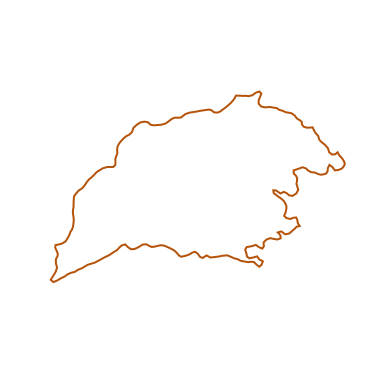 outline of Natalândia, Minas Gerais, Brazil, rotated 259°
{"feature_id": "56859067B59404569750037", "entity_name": "Natalândia", "entity_type": "district", "adm_level": 2, "iso_a3": "BRA", "parent_name": "Brazil", "parent_adm1": "Minas Gerais", "projection": "robinson", "projection_center": [-46.487, -16.539], "detail": "fine", "context": "isolated", "style": "outline", "palette": "amber", "viewbox_px": 384, "rotation_deg": 259, "n_neighbors": 0, "source": "geoboundaries", "source_scale": "gbopen_adm2", "svg_char_len": 3542}
<svg xmlns="http://www.w3.org/2000/svg" viewBox="0 0 384 384"><g transform="rotate(259 192 192)"><path d="M165.9,47.9L163.5,47.1L160.3,47.9L156.9,48.5L154.6,47.7L151.9,45.5L147.9,44.8L143.7,45.1L140.5,43.5L138.3,41.8L136.1,39.7L132.8,36.6L130.0,38.7L130.9,42.9L132.3,46.7L133.3,50.7L134.9,54.1L135.8,57.8L135.9,61.6L137.4,65.3L138.2,69.5L139.4,72.8L140.4,75.5L140.8,78.7L141.1,82.6L142.0,85.7L142.8,88.4L143.8,91.3L144.8,94.6L145.5,97.6L146.5,100.3L147.9,103.5L149.3,107.4L150.9,109.5L152.9,112.5L153.3,116.5L150.2,118.5L147.5,121.1L147.0,124.6L147.9,128.3L148.7,130.8L149.8,133.3L149.4,137.2L147.1,139.9L145.7,142.0L145.5,145.1L145.7,148.3L145.7,151.1L144.7,154.4L142.2,158.1L140.1,160.9L137.7,163.7L135.1,165.5L132.3,167.0L130.5,169.0L130.6,173.2L131.2,177.5L132.4,180.6L132.7,183.6L130.3,185.9L126.8,187.5L125.2,190.0L127.0,194.2L124.2,197.5L123.8,201.9L123.6,206.0L123.6,210.0L123.1,214.5L121.0,217.8L119.0,220.5L117.3,224.1L115.1,226.7L113.7,230.4L112.4,233.8L112.2,237.0L111.3,239.6L108.2,241.6L105.8,243.9L107.5,246.6L110.5,248.3L112.9,245.2L116.4,243.6L116.1,240.6L115.9,235.8L118.1,233.7L120.4,233.7L122.9,233.5L125.3,233.2L127.5,235.2L127.4,238.8L127.5,241.5L127.9,244.6L125.0,247.3L123.0,250.2L125.0,252.2L128.8,252.6L131.0,255.8L131.8,259.9L130.3,263.4L129.1,266.7L129.6,270.2L132.7,270.5L135.9,268.5L136.3,272.1L132.7,275.4L132.7,279.6L134.7,282.9L136.2,285.6L138.0,288.1L138.0,291.2L141.4,289.9L144.1,290.1L147.1,289.4L147.4,286.5L146.7,283.5L148.4,279.7L151.0,277.9L153.8,279.8L157.3,281.4L160.2,282.0L163.1,281.4L165.7,280.4L168.7,278.1L171.2,275.6L173.1,274.0L175.3,272.0L178.1,272.1L177.5,274.8L175.7,276.5L173.7,278.4L174.6,282.2L172.5,285.0L170.3,286.5L169.0,290.0L170.7,294.2L173.9,296.7L177.3,296.4L180.0,296.1L182.6,297.1L185.7,297.9L188.5,297.0L190.6,295.4L193.8,295.9L194.4,300.3L195.2,305.3L193.3,308.5L191.0,310.0L188.8,312.6L187.6,316.4L185.5,319.3L184.4,321.7L184.2,324.5L184.5,327.2L186.4,329.0L189.5,329.9L192.4,332.1L189.5,334.7L186.0,336.3L185.7,340.0L186.4,343.5L188.0,345.7L190.5,347.4L193.4,347.0L196.9,345.5L200.0,343.5L203.2,342.5L201.7,339.8L202.0,336.7L204.7,334.3L208.9,333.8L212.0,332.1L214.0,330.7L215.8,329.0L219.1,326.9L222.9,326.6L226.0,324.7L229.5,323.4L232.4,322.8L232.7,320.1L233.3,316.8L234.8,314.1L237.3,312.8L240.0,313.1L242.1,311.3L244.3,308.9L247.5,307.4L250.2,304.8L251.4,302.1L252.3,299.4L254.4,296.5L256.0,293.3L258.1,291.3L259.2,288.4L260.6,284.6L261.1,280.0L262.6,276.3L266.0,274.3L269.5,275.0L272.5,277.1L275.4,278.8L277.8,277.3L277.3,273.6L275.4,269.6L275.3,265.9L276.1,263.4L276.5,260.8L277.3,257.8L278.2,253.6L275.7,251.5L273.9,249.6L272.2,247.3L270.6,244.8L268.4,240.8L266.9,237.6L265.6,234.9L265.1,232.1L266.0,228.8L268.6,226.7L269.7,224.3L270.0,218.5L270.1,215.4L270.1,212.2L270.2,208.6L270.4,204.9L269.8,200.5L268.4,197.7L267.2,195.3L267.7,191.9L268.3,188.8L267.5,185.9L266.0,182.9L264.3,179.2L263.9,174.6L264.3,171.0L264.7,167.3L265.9,164.2L268.9,162.0L270.2,158.6L270.1,154.4L268.5,150.6L266.1,146.7L262.4,144.6L260.3,141.5L259.2,137.7L257.3,134.6L255.5,132.0L253.5,129.7L251.1,127.8L248.2,126.6L244.4,126.2L241.4,124.3L238.6,122.9L235.9,122.6L233.0,121.7L231.6,119.4L232.1,116.8L232.7,113.4L232.3,109.0L231.1,105.7L229.8,102.3L227.5,99.2L225.6,96.3L224.2,93.5L221.6,90.4L218.8,87.7L216.6,84.9L215.1,81.1L212.6,77.9L210.2,75.3L206.4,74.3L203.4,73.6L200.1,72.9L196.8,71.7L193.9,71.0L191.0,71.0L187.6,70.7L183.9,69.7L180.5,68.5L177.9,66.9L175.9,64.9L173.5,63.7L170.8,61.4L167.8,58.7L166.2,54.8L165.9,51.1L165.9,47.9Z" fill="none" stroke="#b45309" stroke-width="2"/></g></svg>